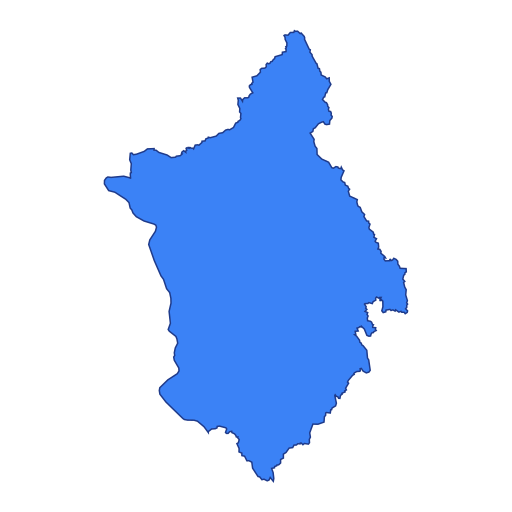 Thayarwady, Bago, Myanmar
{"feature_id": "60261553B84336516867138", "entity_name": "Thayarwady", "entity_type": "district", "adm_level": 2, "iso_a3": "MMR", "parent_name": "Myanmar", "parent_adm1": "Bago", "projection": "orthographic", "projection_center": [95.818, 18.129], "detail": "fine", "context": "isolated", "style": "filled", "palette": "blue", "viewbox_px": 512, "rotation_deg": 0, "n_neighbors": 0, "source": "geoboundaries", "source_scale": "gbopen_adm2", "svg_char_len": 6041}
<svg xmlns="http://www.w3.org/2000/svg" viewBox="0 0 512 512"><path d="M258.0,476.5L259.7,476.9L261.9,479.7L264.0,479.2L267.2,480.8L269.0,480.1L270.2,477.5L273.3,481.3L273.8,478.5L273.1,472.5L271.6,468.4L274.5,467.8L274.6,466.5L276.7,465.8L276.8,465.1L278.7,464.8L280.6,463.0L280.6,459.5L283.4,458.1L283.4,454.1L286.0,452.5L289.1,448.1L292.7,447.6L294.0,445.1L296.4,445.0L297.8,443.7L300.1,443.9L300.3,443.1L301.3,443.1L302.9,444.7L304.4,443.5L308.4,444.1L309.5,442.7L309.3,439.4L310.4,437.1L309.7,432.9L312.9,424.1L318.0,424.2L324.0,422.1L324.4,416.7L325.6,415.4L325.7,413.0L326.3,412.5L330.3,413.0L330.7,409.8L331.6,409.7L332.1,408.0L335.6,405.9L336.4,403.2L334.8,395.6L335.2,394.8L336.3,396.3L337.9,396.9L338.6,398.3L339.9,398.4L340.5,395.4L342.2,394.1L341.9,393.3L345.1,391.9L344.7,390.9L346.4,389.9L345.6,388.2L348.6,383.2L347.5,382.1L348.4,380.3L352.6,375.3L354.2,374.4L353.8,373.6L354.5,372.8L356.8,371.5L359.9,371.3L360.3,370.6L360.1,368.7L361.3,368.4L363.1,371.1L366.3,372.9L368.9,372.1L370.2,370.3L368.7,359.9L367.5,358.1L366.8,350.3L363.1,345.7L361.8,344.9L361.2,343.1L359.9,342.3L359.5,340.2L356.6,336.2L354.7,334.7L355.8,334.5L355.2,331.3L358.2,331.0L357.0,328.1L358.8,327.6L359.6,326.7L361.3,327.0L361.4,326.3L364.3,329.0L366.9,335.4L368.9,336.2L370.6,336.0L371.0,334.2L372.2,332.6L373.4,332.6L373.9,331.6L376.2,330.5L375.4,329.4L375.7,327.7L372.7,327.4L372.7,325.9L373.4,324.8L372.5,324.5L371.6,322.2L370.5,321.3L367.6,320.7L367.3,318.0L368.1,316.0L367.0,314.4L367.7,312.6L365.0,311.4L366.9,309.4L365.7,308.2L366.2,306.8L364.5,304.1L365.0,303.6L367.9,303.5L368.8,302.6L372.3,303.6L373.1,301.7L375.8,300.1L375.6,298.2L376.5,297.0L378.9,298.2L379.7,297.4L381.1,297.4L380.0,299.3L380.0,300.5L380.8,300.6L381.1,299.4L382.8,301.1L382.9,306.8L381.8,310.8L383.2,312.6L385.8,311.8L386.0,310.1L390.0,309.4L391.0,310.5L392.9,309.9L395.1,311.1L395.6,309.8L398.9,312.1L401.0,311.3L401.6,312.2L404.2,312.3L405.2,313.7L407.2,312.4L407.6,310.9L405.6,308.8L406.8,307.3L406.7,305.2L407.6,304.1L406.6,302.8L407.4,300.7L405.7,294.9L406.2,289.7L404.7,287.0L403.6,282.4L404.8,281.4L402.8,279.1L403.7,275.2L404.8,274.4L405.0,272.6L406.3,271.9L406.1,268.6L400.1,268.3L399.4,266.2L397.9,264.2L397.7,261.2L396.1,259.4L393.8,258.3L392.6,260.0L391.2,260.6L390.5,259.4L389.9,259.5L389.7,260.7L385.3,260.9L383.9,259.1L384.1,257.6L385.5,257.9L384.7,256.5L380.8,253.2L381.1,251.4L379.8,249.3L377.9,249.0L378.7,247.0L378.3,243.2L375.9,242.3L375.1,241.2L376.5,238.7L373.9,237.3L374.5,234.5L373.6,234.2L373.3,232.2L369.3,229.1L368.9,227.5L370.0,224.1L368.7,222.9L368.6,221.2L366.7,221.0L363.9,216.6L364.6,214.5L361.8,211.8L360.2,207.4L358.2,206.3L357.6,205.1L356.8,201.9L357.3,199.6L349.7,196.1L348.3,191.2L349.6,189.2L348.6,188.4L347.8,186.2L345.3,185.1L344.7,182.5L343.1,182.0L340.9,179.8L341.2,177.3L344.0,170.8L342.6,169.9L341.3,167.2L340.9,168.6L339.3,168.4L338.3,168.0L337.9,167.0L335.9,166.6L333.4,168.2L331.8,167.7L328.6,162.2L321.8,159.1L317.1,154.5L316.9,148.5L315.1,146.2L313.8,141.7L314.1,139.3L310.1,133.1L312.8,131.5L313.4,128.7L315.2,127.8L318.4,123.8L321.4,122.3L323.3,121.7L325.0,124.2L326.6,124.6L329.5,124.1L329.8,120.6L331.9,118.1L332.2,116.4L331.1,115.1L331.3,113.2L330.6,111.5L329.0,111.3L328.4,109.3L328.9,107.6L327.7,106.3L327.6,104.7L326.4,102.6L325.3,102.4L322.5,99.5L323.7,97.2L324.7,96.9L325.7,92.9L326.8,92.7L327.7,89.8L330.9,84.3L329.3,81.4L329.2,77.9L326.7,78.8L325.3,77.0L321.2,75.0L320.9,72.2L319.9,71.3L319.4,68.6L318.1,68.3L316.9,63.7L316.2,63.4L312.2,56.3L312.0,54.6L309.9,52.2L310.3,49.8L309.2,49.2L304.5,39.2L304.7,37.9L304.2,36.4L301.1,33.0L300.2,33.6L297.6,31.2L295.4,31.3L294.4,30.7L293.8,32.4L290.3,32.5L288.0,35.2L285.0,34.9L284.0,35.5L285.0,37.2L285.2,39.5L286.9,42.9L286.8,46.1L285.8,46.7L286.3,47.7L285.5,48.7L286.1,49.4L286.0,51.6L282.4,52.2L282.2,54.6L275.1,56.7L274.5,58.8L273.4,59.4L272.2,61.4L270.8,61.7L269.8,63.4L268.5,63.7L267.3,63.1L266.1,64.6L266.3,66.7L265.5,67.6L264.6,68.2L261.8,68.3L260.2,69.5L260.4,72.2L256.9,75.8L252.1,77.2L253.0,82.1L251.7,83.4L251.9,84.4L250.4,84.7L249.3,86.0L249.5,87.5L252.8,92.8L250.4,94.1L249.1,95.8L248.9,97.0L247.8,97.8L244.6,97.8L242.7,99.6L242.5,101.3L240.5,98.1L237.7,98.1L238.3,100.2L237.9,104.5L239.8,108.4L239.6,111.9L240.9,113.4L240.5,117.4L240.9,118.7L239.9,120.3L238.0,121.4L237.9,122.3L235.7,123.1L233.5,127.5L229.6,129.8L228.0,129.4L225.6,130.1L222.7,132.7L218.9,133.4L216.2,136.1L210.3,137.7L208.3,137.2L208.1,138.0L205.8,138.9L205.1,140.9L202.0,141.2L201.9,142.5L198.9,145.2L197.8,144.8L195.2,145.1L193.6,148.9L193.0,148.2L191.0,148.2L190.4,147.6L188.6,147.5L188.9,148.2L186.8,147.8L186.1,148.3L186.7,150.4L185.5,151.2L185.7,152.2L183.7,150.7L182.0,152.0L181.5,153.4L182.2,153.9L180.2,155.7L176.3,156.2L175.6,157.2L171.1,157.6L167.1,155.0L158.8,152.4L156.2,150.3L154.0,150.1L154.1,148.6L147.4,148.9L144.2,151.4L136.5,154.2L133.4,154.7L131.8,153.0L130.3,153.3L129.7,159.8L131.3,163.7L130.8,170.1L131.3,172.6L130.4,173.0L130.3,174.6L130.6,178.7L130.2,177.9L123.7,176.2L111.1,177.4L107.8,177.0L106.2,178.0L104.5,180.4L104.4,183.9L108.7,190.6L114.8,192.2L125.8,199.3L129.0,202.6L130.2,208.1L131.8,209.9L133.0,213.0L136.3,216.7L144.0,221.0L153.8,224.0L155.8,225.1L156.5,227.2L155.4,231.3L149.8,239.9L148.7,244.5L154.3,260.6L161.0,275.9L163.5,279.3L166.6,288.7L169.7,292.6L170.9,298.4L171.0,303.2L169.1,311.4L170.4,323.3L168.2,329.5L169.3,331.2L175.9,336.4L176.9,338.9L177.7,343.2L175.3,347.9L174.3,352.8L174.7,355.5L173.7,357.0L174.3,360.3L178.8,368.0L179.0,370.9L177.3,373.7L167.9,379.8L159.8,387.7L159.3,390.5L159.9,394.2L166.0,402.1L182.9,418.5L184.3,419.5L187.6,420.1L194.0,420.2L197.5,421.2L204.0,426.7L208.3,432.5L208.3,431.6L211.6,429.0L215.3,428.7L217.0,427.9L217.2,426.4L219.5,426.1L225.9,427.8L226.7,429.0L225.5,432.4L226.4,433.4L228.1,433.4L229.6,431.7L231.7,431.3L231.9,432.6L234.5,433.8L235.8,435.4L236.3,436.9L237.8,437.0L237.5,437.5L239.2,439.6L238.3,442.8L236.9,443.6L239.1,448.5L239.0,451.9L241.8,453.1L241.9,455.6L244.6,456.2L246.9,460.8L249.0,460.7L251.8,462.2L252.6,468.2L258.0,476.5Z" fill="#3b82f6" stroke="#1e3a8a" stroke-width="1.5"/></svg>